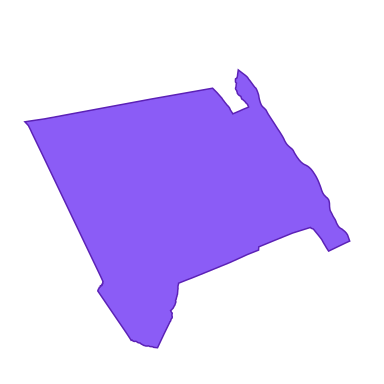 outline of Galole, Coast, Kenya, rotated 337°
{"feature_id": "3690345B71380805916784", "entity_name": "Galole", "entity_type": "district", "adm_level": 2, "iso_a3": "KEN", "parent_name": "Kenya", "parent_adm1": "Coast", "projection": "equal_earth", "projection_center": [39.8, -1.506], "detail": "fine", "context": "isolated", "style": "filled", "palette": "violet", "viewbox_px": 384, "rotation_deg": 337, "n_neighbors": 0, "source": "geoboundaries", "source_scale": "gbopen_adm2", "svg_char_len": 5842}
<svg xmlns="http://www.w3.org/2000/svg" viewBox="0 0 384 384"><g transform="rotate(337 192 192)"><path d="M65.6,62.1L67.3,66.8L67.4,67.2L67.4,67.8L67.7,72.4L67.7,74.1L68.9,99.1L74.9,233.3L75.1,239.7L74.8,240.0L74.6,240.1L74.5,240.3L74.5,240.6L74.4,240.9L74.3,241.2L74.2,241.3L74.0,241.5L73.8,241.7L73.5,241.8L73.4,241.9L73.2,241.7L72.9,241.7L72.9,241.9L72.9,242.4L72.8,242.6L72.6,242.8L72.4,242.9L72.1,242.9L71.5,242.6L71.3,242.5L71.1,242.5L71.0,243.0L70.8,243.3L70.6,243.5L69.8,243.5L69.6,243.5L69.0,244.0L68.7,244.5L68.3,244.7L68.0,244.8L67.8,244.9L67.7,245.0L67.1,245.8L66.9,245.9L66.7,246.1L66.6,246.4L66.7,246.8L76.7,297.0L78.0,304.3L78.0,304.8L78.5,304.9L78.9,304.8L79.0,305.0L79.1,305.3L79.2,305.6L79.7,306.3L79.9,306.5L80.2,306.8L80.7,307.1L80.9,307.2L81.1,307.2L81.5,307.3L82.1,307.6L82.8,308.5L83.1,309.1L83.3,309.4L84.4,310.3L84.8,310.5L85.0,310.5L85.2,310.8L85.4,311.1L85.7,311.8L85.9,312.2L86.0,312.3L86.6,312.9L86.7,313.1L87.0,313.5L87.5,314.2L87.8,314.5L88.1,314.6L88.4,314.9L88.9,315.4L89.3,315.7L90.8,316.4L91.0,316.4L91.3,316.4L91.6,316.5L92.0,316.8L92.3,317.2L92.5,317.4L92.9,317.8L93.2,318.0L94.9,318.8L95.3,319.1L96.0,320.0L96.7,320.4L99.4,321.9L110.7,311.8L121.0,302.9L121.1,302.7L121.6,302.6L122.1,302.2L122.5,301.6L122.9,301.1L123.1,300.9L123.4,300.7L123.7,300.6L124.1,300.3L124.4,300.2L124.6,300.1L124.7,299.9L124.8,299.7L125.0,299.2L125.0,298.9L125.2,298.7L125.3,297.9L125.5,297.3L125.7,297.1L125.9,296.6L126.1,296.3L126.2,296.1L126.4,296.0L126.5,295.7L126.4,295.5L126.3,295.4L126.2,295.2L126.1,294.3L126.0,294.0L126.0,293.3L126.0,293.1L126.0,292.7L126.3,292.7L126.7,292.7L127.2,292.5L127.7,292.2L128.8,291.7L129.0,291.7L129.5,291.3L130.1,290.8L130.5,290.6L131.0,290.0L131.3,289.8L131.7,289.7L131.8,289.6L132.0,289.4L132.7,288.6L132.9,288.4L133.3,288.0L133.7,287.3L133.8,287.1L134.1,287.1L134.3,286.7L134.3,286.3L134.4,285.9L134.5,285.5L134.6,285.2L135.3,284.8L135.4,284.6L135.8,284.0L136.1,283.7L136.5,283.1L137.2,282.2L137.4,282.1L137.9,281.2L138.4,280.8L138.7,280.4L138.8,280.2L140.2,277.5L140.7,276.5L141.0,276.1L141.2,275.8L141.5,275.2L141.7,274.5L142.0,273.8L142.5,272.9L142.7,272.6L143.3,271.9L143.7,271.3L144.0,270.7L153.2,270.9L158.2,271.1L164.0,271.2L199.8,271.7L218.7,271.2L230.6,271.5L232.0,268.6L250.2,268.8L268.6,269.1L287.2,270.9L287.3,271.1L287.4,271.6L287.5,271.9L287.8,272.2L288.7,273.0L289.0,273.3L289.2,273.5L289.3,273.7L289.5,274.4L290.2,276.9L291.3,280.6L292.1,283.5L292.8,286.3L292.9,287.0L293.1,289.2L293.5,292.4L293.6,292.8L293.9,295.4L294.4,298.4L294.7,299.8L302.9,299.4L313.4,298.9L318.0,298.8L318.0,298.3L318.1,297.2L318.3,294.0L318.4,292.5L318.3,291.7L318.2,291.2L318.1,290.7L318.0,290.1L317.7,289.3L317.5,288.7L317.2,287.9L316.8,287.2L316.0,285.6L315.6,284.8L314.4,283.3L314.2,282.9L313.9,282.3L313.7,281.9L313.5,281.3L313.3,280.6L313.1,279.0L313.0,277.9L312.9,276.9L313.0,275.7L313.0,275.1L313.0,274.0L313.0,273.5L312.5,270.3L312.3,268.5L312.3,267.3L312.0,263.6L312.0,262.9L312.1,262.2L312.3,261.6L312.3,261.3L312.6,260.4L312.8,259.6L313.2,258.5L314.0,256.5L314.4,255.1L314.5,254.4L314.6,254.0L314.7,253.2L314.7,252.6L314.6,251.9L314.4,251.2L314.3,250.8L314.1,250.2L313.6,249.4L313.1,248.1L312.7,247.1L312.5,246.6L312.4,246.3L312.2,245.3L312.0,244.0L312.0,243.3L312.0,242.4L312.0,241.3L312.3,237.8L312.4,236.2L312.4,235.4L312.5,232.8L312.5,230.7L312.4,228.7L312.3,227.1L312.1,225.3L311.8,223.4L311.5,221.8L311.3,220.6L310.8,218.6L310.5,217.6L310.2,216.8L309.9,216.1L309.6,215.4L309.2,214.6L309.0,214.2L308.3,213.1L307.7,212.4L307.4,211.9L306.5,211.0L306.2,210.6L305.8,210.1L305.3,209.4L304.9,208.6L304.6,208.1L303.9,206.6L303.7,205.9L303.1,204.2L302.8,202.8L302.3,200.8L302.0,199.0L301.9,198.3L301.6,196.4L301.4,193.3L301.2,192.5L300.8,191.4L300.7,190.9L300.5,190.6L300.2,190.3L299.1,188.0L298.7,187.2L298.6,186.9L298.1,185.6L297.9,184.9L297.7,184.1L297.6,183.3L297.4,181.9L297.3,180.7L297.3,179.3L297.2,177.8L297.0,176.0L296.7,173.9L296.1,170.1L295.7,168.2L295.2,165.3L294.4,160.5L293.3,154.4L292.6,150.4L292.5,149.5L292.4,148.7L292.3,147.3L292.2,146.1L292.2,145.7L291.9,144.8L291.6,144.0L291.2,143.0L290.5,141.5L290.2,140.8L290.1,140.5L289.9,139.4L289.8,139.0L289.8,138.1L289.8,136.8L290.0,134.8L290.2,133.3L290.5,131.6L291.2,128.8L291.3,127.9L291.4,126.5L291.5,124.8L291.5,123.0L291.4,121.7L291.3,121.2L290.8,120.3L290.2,118.0L289.5,115.0L289.2,113.9L289.1,113.1L288.2,110.1L288.2,109.8L288.0,108.6L287.8,107.9L287.7,107.6L287.1,106.3L287.0,106.0L284.7,102.0L283.4,99.7L282.3,97.7L279.7,102.0L279.6,102.3L279.2,102.9L278.4,104.1L277.9,104.6L277.6,104.5L277.2,104.8L276.4,104.8L276.2,104.9L275.7,106.0L275.1,107.4L275.0,107.9L275.1,108.2L275.3,108.9L275.5,109.2L275.2,109.6L274.9,110.0L274.4,110.8L274.3,111.2L274.1,111.4L274.0,111.7L273.8,112.0L273.5,112.4L273.4,112.7L273.2,112.8L272.8,113.2L272.6,113.5L272.5,113.8L272.4,114.1L272.4,114.4L272.4,114.7L272.5,115.3L272.6,115.6L272.8,116.0L272.7,116.3L272.6,116.9L272.6,117.3L272.6,117.8L272.5,118.1L272.3,118.9L272.4,119.3L272.5,119.7L272.6,120.1L272.6,120.3L272.7,120.5L273.0,121.2L273.4,121.8L273.5,122.0L273.9,122.5L274.2,122.8L274.3,123.0L274.3,123.6L274.3,123.8L274.1,124.5L274.2,125.5L274.1,125.8L274.6,126.3L274.7,126.5L274.9,126.9L275.1,127.2L275.2,127.6L275.4,128.0L275.9,128.9L276.0,129.1L276.2,130.0L276.4,130.4L276.4,130.8L276.5,131.1L276.6,131.4L276.9,132.0L277.0,132.2L277.3,133.0L277.4,133.3L277.4,133.6L277.3,133.8L277.3,134.2L277.4,134.4L277.4,134.6L277.3,135.2L277.4,135.8L277.3,136.0L272.8,135.9L270.3,135.9L267.6,136.0L260.1,136.0L260.0,134.9L259.8,134.0L259.7,133.1L259.4,131.8L259.4,131.4L259.4,129.8L259.4,129.3L259.3,128.9L258.9,127.2L258.4,126.2L257.2,122.0L257.1,121.6L256.9,120.6L256.7,119.9L256.5,119.2L256.3,118.3L256.2,117.3L256.1,117.1L254.2,111.4L253.8,110.2L253.4,109.2L253.0,108.2L251.5,104.5L191.2,90.6L84.5,67.0L70.0,63.2L65.6,62.1Z" fill="#8b5cf6" stroke="#5b21b6" stroke-width="1.5"/></g></svg>